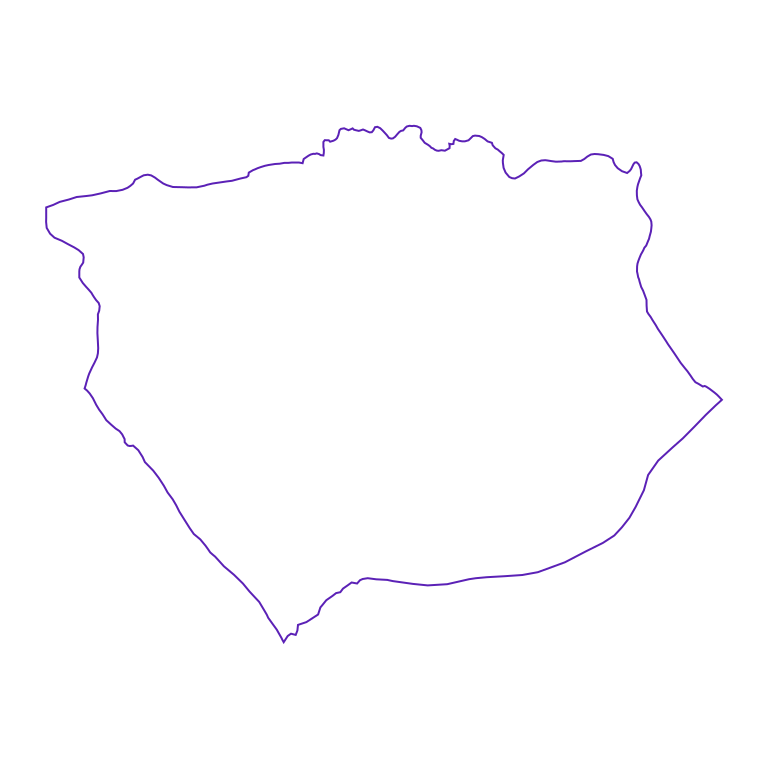 Rumduol, Svay Rieng, Cambodia (Albers equal-area conic projection)
{"feature_id": "14789045B51142255514393", "entity_name": "Rumduol", "entity_type": "district", "adm_level": 2, "iso_a3": "KHM", "parent_name": "Cambodia", "parent_adm1": "Svay Rieng", "projection": "albers", "projection_center": [105.826, 11.218], "detail": "fine", "context": "isolated", "style": "outline", "palette": "violet", "viewbox_px": 768, "rotation_deg": 0, "n_neighbors": 0, "source": "geoboundaries", "source_scale": "gbopen_adm2", "svg_char_len": 4993}
<svg xmlns="http://www.w3.org/2000/svg" viewBox="0 0 768 768"><path d="M503.7,154.9L502.0,153.2L499.6,151.2L497.8,149.6L495.4,148.3L492.7,145.3L491.9,142.8L487.6,141.4L484.6,138.9L481.8,137.1L479.2,136.0L477.0,135.8L475.0,135.6L472.8,136.1L470.6,138.3L468.5,140.3L465.0,141.3L462.0,141.3L459.2,140.8L456.9,139.7L455.2,139.0L453.8,141.0L453.4,143.9L451.3,144.2L449.3,143.8L449.7,145.9L449.5,148.2L444.9,150.7L441.4,150.2L438.6,150.8L436.8,150.6L434.9,149.8L433.0,148.4L431.4,147.8L429.9,146.2L428.0,144.8L424.7,142.8L422.7,140.2L420.7,137.8L420.7,135.8L421.6,132.3L421.4,130.2L420.3,127.9L416.9,126.3L413.9,125.8L412.1,126.1L409.5,125.8L406.8,126.5L405.3,127.8L403.2,130.4L401.0,130.9L399.4,131.9L397.4,134.1L395.1,136.8L392.9,138.4L391.1,138.6L388.9,137.9L387.0,135.3L385.2,133.3L382.7,130.6L380.2,128.2L377.4,126.8L375.0,127.2L373.3,130.4L371.8,132.2L369.7,132.4L367.5,131.5L365.0,130.3L363.0,129.5L360.8,130.3L358.8,130.9L355.8,130.2L353.9,129.7L352.6,128.4L350.7,129.3L348.5,130.2L344.1,128.3L340.9,128.9L339.5,130.2L338.4,134.9L337.0,138.2L335.5,139.6L333.5,140.7L330.1,141.7L328.8,140.3L324.7,140.2L323.4,142.0L323.4,146.9L323.9,149.9L323.8,153.0L323.4,155.5L320.6,155.1L319.1,154.1L316.8,153.4L315.1,153.9L313.3,153.8L310.7,154.5L308.5,155.7L306.6,157.0L303.7,159.0L302.6,163.2L298.8,162.5L292.1,162.5L288.0,162.9L284.2,162.9L279.7,163.7L275.0,164.0L268.6,165.0L264.9,165.8L260.7,167.1L257.6,168.2L254.7,169.5L253.1,170.1L248.8,172.6L248.3,175.8L246.4,177.2L240.5,178.5L231.9,180.8L227.0,181.4L219.5,182.5L212.6,183.5L207.4,184.7L204.4,185.7L196.7,187.3L188.2,187.4L181.6,187.2L172.9,187.0L166.7,185.1L163.2,183.5L157.6,179.6L155.0,177.6L151.2,175.4L147.8,174.7L143.7,175.3L140.6,176.9L137.3,178.7L135.1,179.7L133.1,183.5L130.3,185.9L127.5,187.8L122.6,189.8L116.1,191.1L109.8,191.0L100.7,193.4L92.1,195.3L86.4,196.0L76.7,197.0L68.9,199.5L59.7,201.9L53.0,205.0L46.2,207.4L46.2,217.9L46.1,221.9L46.7,227.9L50.1,233.7L54.5,237.7L61.9,240.8L67.9,244.1L74.2,247.4L78.6,250.1L83.0,254.0L83.7,257.3L83.2,262.6L81.9,264.6L80.4,266.7L79.5,269.3L79.3,271.5L79.3,277.5L82.8,283.0L85.9,286.6L88.9,289.9L91.4,292.8L92.5,294.7L94.0,297.1L96.1,300.1L98.7,303.0L99.7,306.2L99.2,310.7L97.9,314.3L98.0,319.9L97.5,327.0L97.4,333.1L97.8,340.2L98.2,348.2L97.9,353.3L97.0,357.4L94.4,362.9L92.1,367.3L89.2,373.6L88.2,376.4L86.3,382.7L85.7,385.1L84.6,388.5L87.1,390.6L89.7,393.5L92.9,398.2L96.2,404.8L99.1,409.6L102.5,414.2L106.3,420.2L111.1,424.6L115.7,428.6L119.5,431.1L122.2,434.4L123.3,436.6L124.6,439.1L124.7,442.3L127.7,445.5L129.6,446.0L131.3,445.9L133.1,445.6L138.3,450.2L142.6,457.0L144.9,462.1L153.2,470.6L158.7,477.8L163.9,485.8L167.6,492.5L172.7,499.3L176.2,505.3L179.4,511.7L184.4,519.7L189.7,528.1L193.8,534.0L200.3,539.4L205.6,545.8L208.1,549.3L210.2,552.4L212.8,554.7L215.1,556.6L218.3,560.1L223.9,566.3L234.0,574.8L242.9,583.5L249.5,591.5L256.1,598.6L259.2,601.9L263.8,609.6L266.8,614.7L268.2,617.8L272.3,623.5L276.8,629.7L278.6,632.9L280.2,635.7L281.4,637.8L282.2,639.5L283.7,642.2L287.7,636.0L291.0,633.7L295.7,634.9L297.4,630.5L298.0,624.9L306.4,622.1L318.1,614.5L320.4,607.4L322.1,605.4L326.3,600.2L332.5,595.9L336.1,593.1L340.3,592.2L343.0,588.6L347.6,585.4L351.6,582.5L357.1,583.5L360.0,580.2L362.7,579.0L367.7,578.2L376.2,579.3L387.3,579.9L389.5,580.4L392.9,581.1L412.9,583.9L427.7,585.4L447.2,584.2L469.1,579.2L475.9,578.2L486.9,577.2L504.7,576.2L522.3,575.0L537.8,572.2L564.9,562.3L586.0,551.3L602.9,542.9L614.3,535.5L621.9,527.3L629.4,517.8L635.7,506.8L638.3,501.5L643.9,490.2L648.1,475.0L658.2,460.6L672.5,447.5L682.8,438.4L694.4,426.7L705.8,414.9L715.8,405.3L721.9,399.8L718.8,396.5L716.9,394.6L714.5,392.6L712.8,391.3L709.5,388.8L706.3,386.7L704.7,386.0L702.8,386.5L698.4,383.8L695.4,382.2L692.8,379.0L690.6,375.7L687.4,371.2L685.0,368.3L680.7,362.9L677.5,358.1L674.7,353.9L671.6,349.4L668.1,344.4L666.1,341.2L662.1,335.1L657.9,328.9L655.8,325.2L652.4,319.9L650.7,317.0L648.4,313.9L647.0,311.5L646.6,305.7L646.5,299.9L644.6,294.7L643.1,290.7L641.2,287.0L639.6,281.7L639.0,279.2L638.2,277.3L637.5,273.7L637.0,271.5L637.1,266.4L637.5,263.6L638.5,260.5L639.7,257.4L641.0,254.3L642.0,252.6L643.3,250.2L644.4,247.7L646.2,245.6L648.2,240.7L649.0,238.9L649.7,236.0L650.9,231.7L651.3,228.4L651.6,225.3L651.3,221.7L650.5,219.5L649.0,217.0L646.7,214.1L644.7,211.3L642.0,207.3L640.1,204.8L638.6,202.0L637.4,199.3L636.9,195.3L636.8,190.8L637.4,186.9L638.0,184.3L640.2,178.0L641.3,175.3L641.0,172.8L640.8,169.7L640.2,167.6L639.6,165.9L638.5,164.0L636.6,162.3L634.7,162.6L633.4,164.3L631.1,169.1L629.7,170.9L627.1,173.0L622.0,171.2L617.7,168.2L615.0,165.0L613.6,162.1L612.7,158.8L608.3,156.1L603.6,154.9L598.1,154.2L594.6,154.0L590.9,154.5L587.3,156.6L584.3,159.0L580.9,160.9L574.4,161.1L569.9,161.3L563.9,161.2L561.5,161.5L556.0,161.7L551.4,161.1L546.9,160.4L545.2,160.2L541.3,160.5L537.3,162.0L533.3,164.9L528.0,169.3L523.9,173.4L519.1,176.5L515.0,178.5L512.1,178.2L509.3,177.0L505.6,172.6L503.6,167.9L502.9,162.9L502.8,160.2L503.7,154.9Z" fill="none" stroke="#5b21b6" stroke-width="2"/></svg>